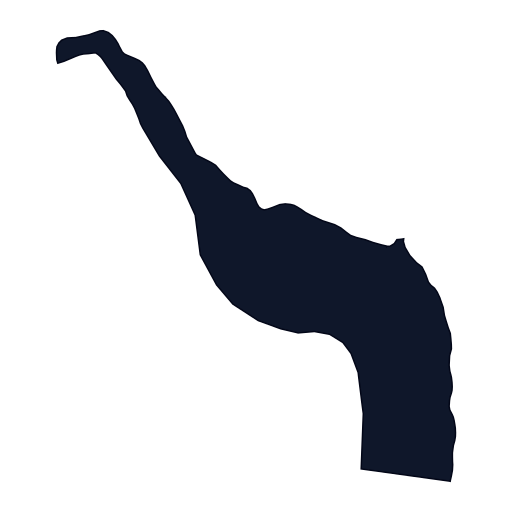 the district of Fond Eau Rouge, Anse-la-Raye, Saint Lucia
{"feature_id": "8701671B4886377420508", "entity_name": "Fond Eau Rouge", "entity_type": "district", "adm_level": 2, "iso_a3": "LCA", "parent_name": "Saint Lucia", "parent_adm1": "Anse-la-Raye", "projection": "equal_earth", "projection_center": [-61.032, 13.949], "detail": "fine", "context": "isolated", "style": "filled", "palette": "ink", "viewbox_px": 512, "rotation_deg": 0, "n_neighbors": 0, "source": "geoboundaries", "source_scale": "gbopen_adm2", "svg_char_len": 2570}
<svg xmlns="http://www.w3.org/2000/svg" viewBox="0 0 512 512"><path d="M450.2,481.3L450.3,480.6L450.5,479.7L451.3,476.2L452.4,470.3L452.7,464.7L452.5,461.7L452.4,456.8L452.4,452.8L452.8,449.6L453.4,445.3L454.7,440.7L455.4,436.4L455.5,432.8L455.3,428.1L454.8,424.6L454.1,420.5L453.3,417.2L452.3,414.8L449.8,410.0L449.1,406.3L449.3,403.6L449.5,400.6L450.0,397.4L451.4,393.0L452.0,390.4L452.2,386.8L452.0,382.4L451.4,377.4L450.8,374.8L449.8,371.1L449.7,370.2L449.5,368.7L449.1,365.3L449.6,355.6L451.4,348.9L451.3,344.6L450.8,338.6L450.3,333.4L448.2,327.8L446.0,320.8L444.4,315.4L443.1,307.2L440.2,299.0L440.0,298.2L437.2,292.2L434.5,288.2L430.9,285.3L428.4,282.1L425.6,274.3L423.2,269.4L422.0,267.0L416.4,262.7L409.8,255.5L405.0,247.3L404.4,245.0L403.4,241.6L403.7,238.8L402.1,239.1L399.5,239.4L396.9,239.6L394.3,243.6L389.9,246.3L387.0,246.3L386.7,246.6L386.7,246.1L385.5,245.8L381.2,244.8L373.0,242.5L365.3,239.7L356.4,237.5L350.5,235.4L345.5,231.7L340.9,228.0L334.7,224.7L327.6,222.4L322.3,220.7L316.1,217.8L310.7,215.3L305.8,212.7L305.3,212.4L301.4,209.6L297.0,206.9L294.0,205.3L290.4,204.4L285.2,203.9L279.8,204.6L276.5,205.9L272.7,207.4L267.8,209.1L264.3,209.9L261.4,209.0L258.8,206.9L256.9,203.6L254.7,198.3L252.4,193.7L250.2,190.6L248.8,189.6L247.1,188.3L243.2,187.3L238.3,185.0L233.5,182.9L230.3,180.8L227.1,177.7L223.2,173.8L219.3,169.6L215.6,165.3L211.1,162.5L196.3,155.0L195.0,153.0L186.5,137.0L184.8,131.4L182.6,125.9L179.5,120.0L176.7,114.6L173.8,109.2L171.2,105.0L168.8,101.4L168.2,100.7L165.5,97.8L165.5,97.3L164.6,96.8L161.6,93.6L159.3,90.8L156.0,87.0L154.3,84.0L150.7,77.1L147.7,70.9L144.7,65.7L142.3,62.9L139.1,60.5L134.6,58.4L129.3,56.2L127.1,55.3L124.4,54.0L122.2,51.9L120.1,47.9L119.5,46.9L118.0,43.7L115.4,39.5L112.2,35.6L108.3,32.5L103.3,30.7L99.8,30.9L95.3,32.5L89.5,34.6L88.9,34.8L84.9,35.7L84.1,35.9L83.6,35.9L82.7,36.1L80.8,36.5L78.0,37.1L75.7,37.6L72.6,37.7L67.2,38.0L64.9,38.9L61.6,40.2L59.8,42.1L59.1,42.7L57.0,46.6L56.6,50.0L56.5,52.8L56.8,59.8L57.8,63.2L63.9,61.3L70.8,58.4L75.7,56.3L79.5,54.9L83.3,54.0L88.7,53.6L93.3,53.0L95.7,52.9L98.1,54.5L100.5,56.6L102.1,58.5L106.6,65.1L111.8,72.6L116.4,79.2L120.6,84.2L125.6,91.0L127.2,95.8L129.8,100.1L132.4,104.0L134.7,108.3L138.3,117.2L138.9,118.7L140.5,123.5L142.9,128.2L159.5,156.1L180.9,183.5L195.2,215.1L200.3,254.8L216.6,284.9L232.9,304.1L258.3,320.6L280.8,328.8L295.7,332.3L298.1,332.9L314.4,331.5L329.7,334.3L342.9,342.5L351.1,353.5L358.2,372.6L358.5,375.5L362.3,406.1L363.3,413.7L361.2,468.9L448.7,481.0L449.4,481.1L450.2,481.3Z" fill="#0f172a" stroke="#020617" stroke-width="1.5"/></svg>